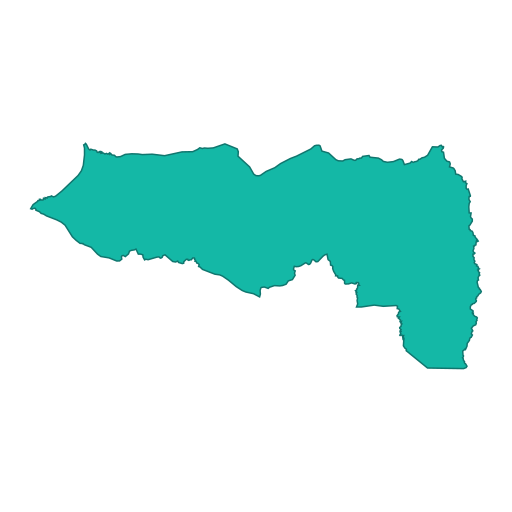 Pech Chreada, Môndól Kiri, Cambodia
{"feature_id": "14789045B57856207537526", "entity_name": "Pech Chreada", "entity_type": "district", "adm_level": 2, "iso_a3": "KHM", "parent_name": "Cambodia", "parent_adm1": "Môndól Kiri", "projection": "mercator", "projection_center": [107.158, 12.644], "detail": "fine", "context": "isolated", "style": "filled", "palette": "teal", "viewbox_px": 512, "rotation_deg": 0, "n_neighbors": 0, "source": "geoboundaries", "source_scale": "gbopen_adm2", "svg_char_len": 6069}
<svg xmlns="http://www.w3.org/2000/svg" viewBox="0 0 512 512"><path d="M30.7,208.7L32.1,209.2L32.3,208.8L34.9,208.2L36.0,209.4L35.9,210.2L39.6,211.8L41.1,213.4L43.6,214.1L46.5,215.9L56.6,219.8L61.2,222.1L65.1,225.2L72.4,236.8L76.2,240.4L80.1,243.4L81.6,243.4L82.4,243.8L82.9,243.5L84.3,244.7L91.2,247.3L97.5,254.1L100.8,256.5L109.1,257.9L116.7,261.0L119.6,260.9L121.8,259.1L121.4,256.8L121.9,255.9L123.2,255.4L125.3,256.6L128.5,253.9L129.5,251.1L131.5,250.3L134.3,249.9L136.0,249.1L138.3,254.1L140.6,254.1L142.8,254.8L143.1,257.2L144.6,259.9L145.8,259.2L148.1,259.7L157.0,257.1L158.9,256.9L160.3,258.1L161.1,258.0L162.2,257.3L162.8,255.7L165.0,254.8L172.7,261.5L175.6,262.0L177.7,261.1L178.6,262.5L182.3,263.6L183.7,263.2L183.8,261.7L186.3,259.3L187.8,259.3L188.0,260.1L188.9,260.4L190.0,259.8L191.3,259.8L192.7,258.0L194.4,258.0L194.7,258.4L194.5,259.4L195.3,260.1L195.0,261.2L196.1,261.3L196.7,263.0L197.9,263.3L199.2,264.6L198.6,266.5L200.0,267.0L202.5,269.4L214.9,274.2L219.8,274.9L222.7,276.2L228.5,280.2L236.2,286.6L242.2,290.5L245.8,292.0L253.5,293.7L259.6,296.9L260.4,294.0L260.1,290.6L260.8,288.0L261.5,287.4L264.3,287.0L268.2,288.4L269.4,287.3L274.4,285.6L279.8,285.9L282.6,285.5L286.1,284.2L288.3,280.9L292.4,279.6L295.1,275.3L294.5,273.1L295.2,270.9L293.6,269.8L293.5,269.0L294.3,266.3L296.2,266.7L298.6,266.5L300.9,265.7L305.5,262.8L306.6,263.1L308.5,264.5L309.6,264.3L310.7,263.0L311.9,260.1L312.7,259.5L313.6,259.7L316.0,261.8L317.8,261.6L322.9,256.3L324.7,254.9L327.0,254.2L328.1,259.6L330.3,261.4L330.6,265.1L331.9,265.5L332.8,266.6L332.7,268.6L333.7,271.4L335.8,274.9L335.6,275.8L337.6,275.9L337.6,276.8L338.5,278.0L342.1,278.4L343.5,280.0L344.5,280.3L344.6,283.3L345.3,284.0L348.5,283.9L351.6,282.9L355.0,284.0L356.3,283.6L356.0,283.1L356.3,282.5L358.4,282.6L358.8,283.7L358.4,284.4L359.3,285.3L357.7,285.5L357.5,288.1L356.7,289.0L356.9,289.7L355.5,290.7L356.4,291.5L356.0,292.1L356.8,292.6L356.1,294.0L357.2,295.5L357.0,297.1L357.6,297.9L357.1,300.6L357.7,303.9L356.5,307.0L361.3,307.0L374.2,305.1L383.3,306.3L396.1,305.5L397.5,306.2L397.2,308.6L398.7,308.9L400.4,311.4L399.5,311.6L398.6,312.4L398.4,313.9L397.0,315.7L397.3,316.8L399.4,317.0L398.4,318.2L400.4,319.9L400.0,321.6L400.4,322.1L401.4,321.5L401.0,323.3L401.9,323.9L401.1,325.0L401.1,326.3L399.7,327.5L399.8,328.4L401.1,329.7L400.1,330.9L400.9,331.5L400.1,332.0L400.8,333.3L399.8,335.2L400.1,335.5L400.6,335.1L402.1,335.2L402.5,336.3L402.7,335.7L403.6,335.6L403.2,336.6L403.7,338.0L402.8,337.6L403.1,339.6L403.8,339.8L403.4,345.8L404.8,348.0L406.4,349.3L406.2,350.7L427.5,368.0L463.6,368.6L466.1,367.6L467.0,366.2L465.5,363.7L464.9,363.5L464.3,362.2L464.5,361.5L463.5,360.4L463.2,358.6L462.5,357.7L463.3,356.9L463.5,355.8L463.0,355.2L462.7,351.1L464.2,349.8L465.2,349.8L465.6,349.2L465.3,348.8L465.9,348.6L467.0,346.1L467.2,343.4L469.4,340.4L469.6,339.0L470.3,337.6L471.2,337.3L472.4,335.0L471.3,333.9L472.1,331.4L472.8,330.9L471.4,328.2L473.3,325.9L475.7,324.8L476.3,323.2L476.0,321.7L477.0,320.3L476.7,319.7L477.3,317.9L476.6,317.0L474.6,316.2L473.1,314.4L473.4,313.1L472.9,312.8L472.4,313.1L472.3,312.7L473.1,311.4L473.0,310.8L470.3,309.0L470.3,306.7L471.4,304.6L472.2,304.5L472.7,303.7L474.2,303.4L476.2,301.5L476.4,300.7L475.7,299.3L475.8,298.4L476.7,297.9L476.6,296.8L477.9,295.8L478.6,294.4L480.7,292.8L481.3,291.5L480.3,289.7L479.5,289.3L479.5,288.3L478.4,287.6L477.1,282.2L477.5,280.5L478.5,280.0L478.0,277.8L478.7,276.2L479.8,275.1L479.2,274.5L479.2,273.4L479.6,272.8L478.4,271.6L478.4,270.6L477.7,270.0L479.3,268.9L478.3,268.4L478.5,267.8L477.8,266.3L476.5,265.9L476.9,264.6L474.7,263.6L474.2,262.5L474.9,261.2L473.9,259.7L474.1,257.6L473.0,256.5L473.0,254.1L474.1,254.0L474.9,253.1L473.5,252.0L473.0,250.8L473.9,248.5L473.6,246.1L474.5,246.0L474.6,245.4L475.9,244.9L476.1,242.1L478.2,241.1L477.5,240.0L476.6,240.3L476.9,239.1L475.3,237.4L474.8,235.7L473.4,235.4L472.9,232.5L472.1,231.2L470.3,230.6L470.1,229.6L469.2,229.3L468.9,225.9L469.8,225.2L472.3,221.2L472.3,219.1L470.9,217.7L470.5,216.6L471.1,213.0L469.2,212.9L468.8,206.9L469.2,203.3L470.2,201.7L469.0,199.6L468.9,198.5L469.2,196.5L470.3,196.3L470.4,195.8L468.2,189.0L467.1,189.3L466.2,188.4L466.1,185.7L466.9,183.6L465.5,182.8L465.7,181.2L463.4,181.7L461.9,178.8L462.1,177.2L461.4,176.4L458.2,174.5L455.7,174.1L455.2,170.8L453.9,168.6L453.2,168.0L449.5,166.9L450.2,164.1L450.1,163.3L449.5,161.9L446.9,161.2L444.4,158.3L443.5,152.2L441.9,151.7L441.6,150.9L441.7,149.8L443.2,148.3L443.6,146.9L443.1,146.5L442.3,146.9L441.3,145.3L440.1,145.5L437.9,147.0L432.4,146.8L427.6,155.3L424.4,157.3L422.0,157.8L420.0,159.2L418.7,159.3L417.9,160.7L416.0,161.6L415.1,161.6L413.2,162.4L411.6,161.5L410.1,163.1L404.4,164.6L402.9,160.6L402.1,159.6L401.2,159.3L399.5,159.1L393.4,161.6L387.4,162.3L383.3,161.4L381.6,159.8L378.4,158.1L370.0,157.2L369.0,155.5L362.6,156.4L361.5,158.0L359.5,158.2L358.8,158.8L357.1,158.8L355.6,160.3L354.2,160.3L351.0,158.9L345.1,159.7L342.7,161.0L338.3,160.8L335.9,159.7L328.6,153.0L321.9,151.1L320.1,145.9L319.0,145.2L316.3,145.3L314.5,145.8L310.8,149.0L296.4,156.2L290.4,158.5L280.5,163.6L274.8,167.7L266.2,171.4L260.4,175.4L258.5,175.8L255.9,175.6L253.7,174.1L249.6,166.9L238.0,156.2L238.3,151.7L237.2,148.9L224.9,143.9L213.3,147.9L207.8,148.3L204.5,148.0L202.3,148.5L199.8,147.8L197.5,149.5L192.7,151.7L182.0,151.9L164.6,155.7L152.2,154.2L142.3,154.6L138.2,154.0L131.7,153.8L125.2,154.4L120.5,156.6L116.9,157.0L115.8,156.7L114.5,155.3L112.0,155.0L110.6,153.4L109.8,154.2L109.5,153.0L107.9,154.2L106.5,153.4L104.9,154.0L103.3,153.0L101.2,153.3L102.0,152.1L100.9,151.5L100.4,151.5L100.5,152.3L99.5,152.3L99.2,151.8L98.0,152.5L97.1,152.1L96.6,150.9L95.0,150.1L93.5,150.1L90.8,149.2L90.1,150.0L89.7,149.9L88.6,148.9L86.3,144.2L85.4,143.4L84.9,144.3L83.7,144.9L84.5,148.1L84.5,155.0L83.3,165.4L81.4,170.8L78.1,175.5L61.8,191.1L55.4,196.3L53.5,196.9L51.3,195.9L50.8,196.5L47.9,196.9L47.0,197.5L47.0,198.0L45.1,197.6L45.0,199.0L43.5,198.3L43.2,199.8L42.8,200.0L41.1,200.0L40.6,199.3L39.5,199.3L39.6,200.3L37.9,200.6L37.7,201.3L33.1,204.6L30.7,208.7Z" fill="#14b8a6" stroke="#0f766e" stroke-width="1.5"/></svg>